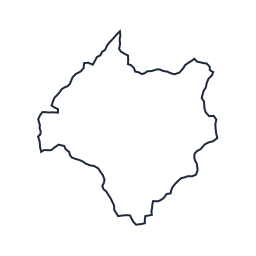 Barão de Monte Alto, Minas Gerais, Brazil, rotated 110°
{"feature_id": "56859067B36277633207568", "entity_name": "Barão de Monte Alto", "entity_type": "district", "adm_level": 2, "iso_a3": "BRA", "parent_name": "Brazil", "parent_adm1": "Minas Gerais", "projection": "albers", "projection_center": [-42.281, -21.268], "detail": "fine", "context": "isolated", "style": "outline", "palette": "slate", "viewbox_px": 256, "rotation_deg": 110, "n_neighbors": 0, "source": "geoboundaries", "source_scale": "gbopen_adm2", "svg_char_len": 2065}
<svg xmlns="http://www.w3.org/2000/svg" viewBox="0 0 256 256"><g transform="rotate(110 128 128)"><path d="M201.5,75.9L198.3,77.5L195.0,78.0L191.8,78.9L188.1,79.4L186.6,74.7L184.2,72.3L181.2,70.3L176.8,69.2L174.9,65.6L171.8,66.1L168.4,65.9L165.1,64.9L161.2,63.1L157.0,60.9L155.3,58.3L152.8,55.2L151.5,51.3L148.7,48.2L144.1,48.1L140.8,49.7L137.8,51.3L135.9,53.7L133.3,55.5L129.3,56.7L126.1,55.3L123.0,52.5L117.4,50.4L114.1,47.5L111.3,43.5L106.9,40.6L103.1,43.2L99.2,45.2L94.7,47.2L89.9,47.9L87.3,51.6L89.1,55.8L86.8,60.2L83.4,62.9L79.9,64.4L77.0,65.8L74.6,69.0L69.9,69.5L66.9,69.6L63.6,68.8L58.6,69.4L54.2,69.2L49.7,67.1L46.3,67.1L45.7,70.8L42.4,72.3L40.5,76.1L41.2,79.3L41.6,82.8L42.0,86.0L40.2,89.2L43.4,91.4L46.4,93.8L49.3,95.8L53.2,96.6L58.3,98.6L61.6,102.7L61.9,106.6L61.6,110.5L62.4,114.5L62.1,118.4L63.4,121.4L66.4,125.3L68.1,129.2L70.6,130.9L72.6,133.4L72.0,137.2L72.5,140.5L69.6,143.0L67.9,146.6L68.0,149.9L63.9,151.1L59.9,152.8L59.4,157.0L58.6,160.8L56.8,163.4L51.7,164.2L47.8,166.1L43.4,166.9L39.9,168.7L43.6,170.5L47.6,172.0L51.3,173.5L54.3,174.9L57.9,175.9L62.4,176.2L65.2,178.4L69.1,178.8L72.0,181.5L76.0,182.0L80.5,182.8L80.3,187.8L82.0,191.4L86.9,190.2L91.0,191.8L95.2,195.6L99.3,197.4L102.8,197.6L106.5,197.7L109.3,199.0L111.5,201.5L114.1,203.5L117.5,204.4L121.2,205.8L124.9,207.5L129.7,207.6L133.0,207.6L133.8,204.4L134.3,200.2L137.5,199.1L139.4,205.2L140.7,208.1L141.3,211.1L142.5,214.0L146.3,215.0L150.4,215.4L153.0,213.6L155.4,211.8L158.2,211.1L160.9,209.0L163.9,208.1L166.7,209.6L170.9,206.4L176.4,203.9L180.1,201.4L177.5,199.5L176.4,196.1L175.1,192.6L171.7,190.6L167.4,187.5L166.7,181.8L169.0,179.7L170.7,175.0L173.3,173.4L174.9,170.7L175.0,166.7L174.7,163.1L174.9,159.3L175.8,156.3L176.1,151.4L175.3,146.6L176.2,142.0L178.5,139.1L180.8,135.7L184.5,132.4L187.8,131.9L191.4,132.3L193.8,130.2L195.1,126.7L197.4,123.8L199.9,120.4L205.7,114.5L209.8,112.8L214.2,107.1L212.0,103.1L210.3,99.3L209.5,96.1L212.0,93.6L214.2,91.1L216.1,87.4L213.9,83.0L211.7,79.6L208.2,80.9L204.9,81.6L201.5,75.9Z" fill="none" stroke="#1e293b" stroke-width="2"/></g></svg>